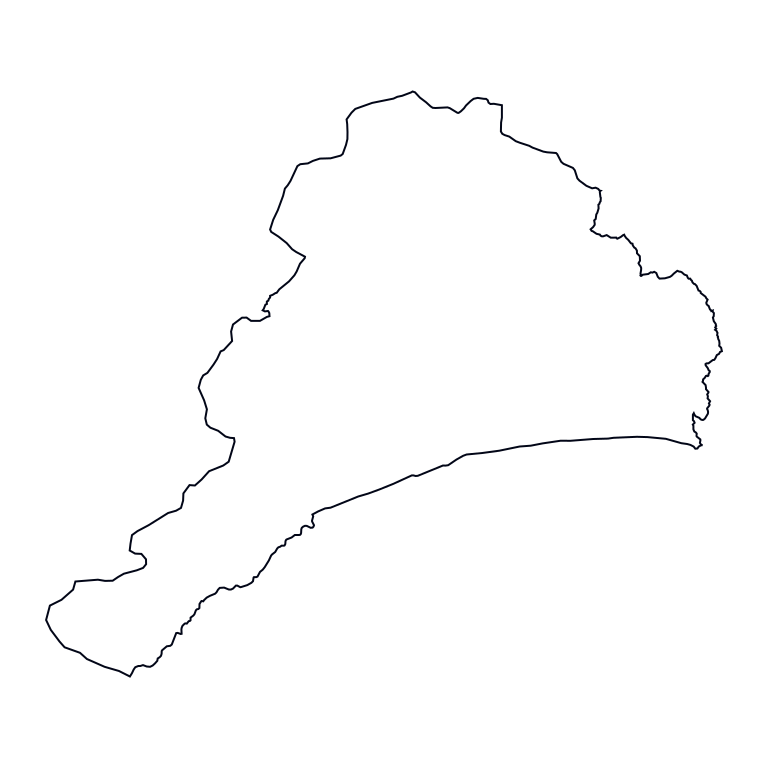 Boontay, Phôngsali, Laos (Albers equal-area conic projection), rotated 180°
{"feature_id": "54806243B85580123027929", "entity_name": "Boontay", "entity_type": "district", "adm_level": 2, "iso_a3": "LAO", "parent_name": "Laos", "parent_adm1": "Phôngsali", "projection": "albers", "projection_center": [101.907, 21.382], "detail": "fine", "context": "isolated", "style": "outline", "palette": "ink", "viewbox_px": 768, "rotation_deg": 180, "n_neighbors": 0, "source": "geoboundaries", "source_scale": "gbopen_adm2", "svg_char_len": 6030}
<svg xmlns="http://www.w3.org/2000/svg" viewBox="0 0 768 768"><g transform="rotate(180 384 384)"><path d="M72.7,319.3L70.6,319.5L69.2,321.5L66.9,322.7L65.5,322.8L67.0,323.4L68.1,325.1L67.6,327.6L67.7,328.6L71.2,331.4L71.5,332.0L71.3,334.4L72.1,335.5L73.7,336.5L74.6,338.7L74.6,342.3L75.2,343.4L73.4,345.2L74.0,346.8L75.1,347.8L75.1,353.3L74.2,354.8L73.7,353.6L72.5,351.8L68.6,350.1L67.7,349.0L66.7,348.3L65.1,348.0L64.4,348.3L63.0,349.5L60.1,354.3L59.9,356.0L60.3,357.9L60.8,358.7L60.9,359.6L58.6,362.5L58.4,363.3L59.1,364.5L57.9,366.8L60.4,369.6L60.1,371.8L60.8,373.6L59.6,375.4L59.5,376.0L62.0,378.8L62.0,380.3L62.4,382.9L65.5,386.1L65.0,387.1L64.9,388.6L63.3,390.1L62.1,392.0L61.2,392.3L60.2,391.9L59.6,392.4L59.4,394.1L58.2,396.1L58.3,397.0L59.3,397.7L60.3,400.0L62.3,402.6L62.5,403.9L61.6,404.6L59.5,404.7L55.3,407.9L53.7,408.2L52.5,410.0L51.2,412.9L48.9,414.2L48.0,416.0L46.1,416.8L46.9,420.3L48.8,422.2L48.5,424.3L48.8,427.1L49.8,429.1L49.9,430.1L50.2,430.7L50.0,431.4L50.9,432.8L50.5,435.1L51.6,437.3L52.9,438.2L51.7,439.4L52.8,440.6L51.8,442.0L52.2,442.6L52.1,443.5L52.3,444.1L54.2,446.8L55.1,450.5L54.3,451.7L54.1,454.9L55.5,456.6L55.3,457.4L56.7,456.9L57.1,457.9L58.0,458.5L59.4,462.1L60.4,462.7L61.5,464.1L61.7,465.3L60.4,468.4L61.7,469.7L62.5,471.3L67.3,475.0L67.4,476.2L68.3,477.1L69.5,477.5L71.4,482.2L73.2,484.0L74.0,484.1L75.5,485.6L76.1,487.3L77.3,488.4L77.7,489.3L79.4,489.3L80.2,490.2L81.1,492.5L83.6,493.4L86.3,495.8L87.5,496.3L88.7,496.4L90.7,497.2L94.1,494.5L96.4,492.2L98.1,491.1L103.1,489.7L108.5,489.4L110.2,491.2L111.7,495.0L113.8,496.2L115.5,495.4L117.2,495.7L119.8,494.0L125.2,493.3L126.6,492.1L127.2,492.1L127.6,492.6L127.2,493.7L127.5,494.5L126.9,497.9L126.8,500.0L127.4,501.6L128.6,503.1L129.5,504.8L128.0,507.3L128.2,511.8L131.0,514.7L131.1,517.4L132.5,519.7L133.7,520.4L135.2,522.6L135.5,524.3L137.1,524.7L139.7,528.1L141.9,530.1L143.6,532.6L143.8,533.3L144.7,533.0L147.3,531.0L150.6,529.3L151.3,529.6L151.7,530.4L157.2,530.3L161.3,532.9L164.8,531.7L166.2,531.7L167.4,532.3L168.1,533.4L171.5,534.2L175.3,536.8L176.4,537.1L177.4,538.7L174.9,540.9L173.3,543.2L173.3,544.5L173.8,547.6L172.3,549.0L171.7,553.6L170.7,555.2L169.4,559.6L169.6,563.3L168.6,564.2L168.2,565.7L167.4,566.7L167.2,570.2L167.6,571.0L168.2,576.0L168.0,576.7L167.4,577.2L168.4,577.4L169.8,579.1L172.4,580.3L175.9,579.7L181.6,582.2L188.5,587.3L190.6,589.6L193.2,597.7L195.1,600.1L204.5,604.2L206.8,606.2L210.8,613.9L212.0,615.0L220.9,615.7L224.7,616.4L235.5,620.4L238.8,622.2L248.0,625.2L252.2,626.8L258.7,631.4L263.3,632.9L265.7,634.2L267.1,636.5L266.9,645.5L266.1,650.3L266.1,662.8L274.1,664.2L277.6,664.0L279.5,665.4L280.2,667.7L281.9,669.1L284.3,669.2L290.3,670.1L294.4,669.2L297.3,667.0L302.0,662.5L304.0,659.7L307.1,656.7L309.4,655.1L310.6,655.2L318.3,659.9L320.5,660.6L332.5,660.0L335.3,660.2L337.4,661.6L341.9,665.7L348.1,670.4L353.0,675.7L355.4,676.5L357.1,675.5L365.9,672.2L370.7,671.2L374.5,669.4L395.8,665.1L412.7,659.1L416.5,655.3L421.4,648.6L420.8,643.9L420.5,635.9L420.6,628.9L422.0,623.1L425.3,614.0L427.3,612.4L437.4,609.7L448.1,609.4L455.1,607.1L460.1,604.6L467.7,603.8L470.6,601.9L477.5,587.1L480.3,582.7L483.1,579.4L484.9,572.2L490.2,557.8L494.8,548.2L497.9,538.5L496.8,536.1L489.5,531.4L481.3,524.9L475.9,518.8L471.8,516.0L463.0,511.3L463.3,509.8L468.0,504.3L471.3,496.6L473.6,492.7L479.0,486.6L488.7,478.7L491.3,475.2L492.6,474.9L495.3,473.2L497.9,472.2L497.9,470.5L499.2,469.0L499.7,467.3L500.9,466.7L501.2,466.2L501.1,464.0L502.6,463.3L504.3,459.0L505.3,457.7L503.1,456.6L500.0,457.0L499.4,456.3L498.7,454.9L498.5,451.8L501.1,451.1L508.1,447.1L516.9,447.1L521.4,450.4L526.0,450.3L535.0,443.5L536.9,436.5L535.9,427.0L544.3,417.9L547.4,416.6L550.9,409.0L554.5,403.4L560.6,395.1L564.8,392.6L567.2,388.2L569.4,380.1L563.9,367.7L561.1,358.7L562.7,349.7L561.2,343.4L557.6,340.3L549.8,337.2L542.5,331.5L538.0,330.2L534.0,329.9L533.4,326.3L539.3,306.3L544.7,302.5L558.9,296.8L566.4,288.5L573.1,282.5L578.5,282.9L584.6,274.6L584.9,267.4L587.0,260.1L591.9,257.3L599.9,255.0L619.4,242.8L630.5,236.9L636.0,232.9L637.5,224.3L638.3,217.5L632.9,214.4L626.6,214.1L622.0,208.7L621.9,203.8L624.9,200.1L631.2,197.7L644.1,194.3L649.9,191.0L655.3,187.3L662.9,187.1L670.1,188.3L692.6,186.5L694.9,178.4L706.5,168.2L718.1,162.4L721.9,148.0L717.2,138.1L708.5,126.5L703.4,120.7L688.0,115.2L681.1,109.0L663.4,101.2L649.0,97.0L638.1,91.5L636.0,94.9L634.3,98.5L632.7,100.8L629.7,102.0L627.7,102.0L625.0,102.9L621.3,101.5L617.9,101.2L615.3,102.5L613.0,104.6L610.7,107.2L610.3,109.5L608.3,110.8L607.0,112.2L606.4,114.2L606.3,116.9L605.9,117.7L601.2,121.7L597.7,122.2L596.2,123.5L591.8,134.9L590.3,135.1L587.3,134.0L586.4,134.2L586.6,138.7L586.3,140.3L585.5,142.2L583.5,144.2L582.8,144.6L581.2,144.4L579.3,146.8L578.2,147.0L577.5,147.6L577.4,150.4L574.7,152.4L573.6,153.7L572.1,157.7L571.1,158.7L569.6,159.0L568.6,160.0L568.5,164.0L566.8,166.7L566.4,167.0L564.7,166.7L564.1,167.7L561.3,170.4L558.0,172.2L552.9,174.3L551.5,175.7L550.0,178.3L548.3,180.1L543.9,180.4L539.2,178.5L537.0,178.5L535.0,179.4L532.1,182.4L530.7,182.4L527.7,180.8L526.7,181.0L520.7,182.9L516.6,185.2L515.0,186.8L514.4,190.5L514.0,190.9L511.7,190.9L510.5,191.4L508.0,196.1L505.3,198.3L503.3,200.8L499.1,207.6L496.9,212.4L496.0,213.5L492.8,216.0L490.8,219.5L489.6,220.7L487.8,221.3L486.5,222.3L484.0,222.3L483.4,222.6L482.7,224.0L482.5,226.8L482.1,227.8L481.5,228.5L476.4,230.5L473.2,233.0L468.9,233.0L467.9,233.2L467.3,233.8L466.9,235.0L466.7,238.8L466.2,240.2L464.8,241.4L463.0,242.2L461.2,242.1L457.3,240.2L455.4,240.4L454.5,241.4L454.0,242.8L455.9,246.5L456.0,247.2L454.8,251.7L455.6,253.5L449.8,256.6L442.9,259.6L437.5,260.3L409.8,271.5L399.9,274.4L388.7,278.5L374.8,284.1L356.2,292.6L354.6,292.6L352.3,292.0L350.2,292.2L325.0,302.5L322.5,302.4L319.8,302.8L311.6,308.4L304.9,312.2L301.4,313.5L285.7,315.0L268.7,317.3L248.3,321.5L237.3,322.3L225.4,324.6L207.2,327.3L197.7,327.2L174.8,329.0L160.0,329.4L154.5,330.2L131.0,331.2L120.5,330.9L102.2,329.2L86.6,324.8L80.9,324.0L77.6,323.1L74.3,321.4L72.7,319.3Z" fill="none" stroke="#020617" stroke-width="2"/></g></svg>